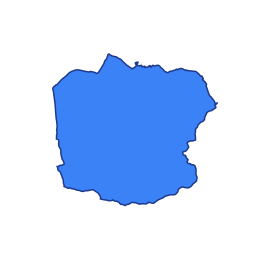 Ostra, Suceava, Romania (orthographic projection), rotated 297°
{"feature_id": "2599482B94281064097265", "entity_name": "Ostra", "entity_type": "district", "adm_level": 2, "iso_a3": "ROU", "parent_name": "Romania", "parent_adm1": "Suceava", "projection": "orthographic", "projection_center": [25.755, 47.362], "detail": "fine", "context": "isolated", "style": "filled", "palette": "blue", "viewbox_px": 256, "rotation_deg": 297, "n_neighbors": 0, "source": "geoboundaries", "source_scale": "gbopen_adm2", "svg_char_len": 5792}
<svg xmlns="http://www.w3.org/2000/svg" viewBox="0 0 256 256"><g transform="rotate(297 128 128)"><path d="M191.5,196.1L189.9,195.8L189.2,195.6L189.0,195.2L189.1,194.9L190.0,194.1L191.2,192.4L192.2,190.5L193.4,187.8L193.7,186.7L194.1,185.7L195.4,184.2L200.7,178.8L201.6,178.3L202.7,178.1L203.1,177.5L203.2,177.0L203.9,176.1L204.1,175.8L204.1,175.4L204.0,175.0L204.1,174.6L204.4,174.3L204.5,174.0L204.8,173.8L204.7,173.4L205.0,173.1L204.9,172.7L205.2,172.3L205.5,172.3L206.0,172.5L206.3,172.5L206.4,172.4L206.4,171.9L207.4,170.9L207.5,170.5L207.8,170.2L207.6,169.9L207.3,169.5L207.6,168.2L208.4,166.3L208.5,165.8L208.8,164.5L209.1,163.2L209.1,162.5L208.1,160.0L207.7,159.3L207.7,159.0L207.6,158.5L207.4,158.3L207.3,157.9L207.0,157.1L206.7,156.3L206.6,155.9L206.3,155.5L206.2,153.9L205.9,153.4L205.5,153.3L205.6,152.8L205.5,152.3L205.4,152.0L205.5,151.5L205.5,150.8L205.5,150.5L205.4,149.2L205.2,148.4L204.7,147.6L204.0,146.9L203.3,146.3L202.9,146.2L202.5,146.0L202.5,145.7L202.7,145.1L202.5,144.6L202.0,144.2L201.2,143.8L200.2,142.9L199.9,142.3L198.5,141.4L198.1,140.2L197.0,139.3L195.7,138.6L195.1,137.5L195.2,135.9L195.1,134.7L196.0,132.9L196.5,131.3L196.7,129.7L197.5,128.3L197.7,127.1L197.5,126.2L196.4,124.6L195.1,123.3L195.0,122.8L195.3,122.2L194.9,121.5L194.5,121.2L193.7,121.4L193.0,121.3L192.5,120.7L192.6,120.2L193.4,119.8L193.5,119.2L193.2,118.7L191.2,118.1L191.1,117.4L190.7,117.0L189.7,115.7L190.2,115.4L190.4,115.2L190.6,115.1L190.5,114.6L190.2,114.4L189.9,114.0L189.6,113.5L188.8,112.8L189.3,112.4L189.9,111.7L189.8,111.2L189.0,110.4L188.6,110.2L188.5,109.3L188.2,108.2L188.1,107.9L188.5,107.4L189.1,107.0L190.6,107.2L191.1,107.1L190.6,105.9L190.3,105.6L190.0,105.6L189.7,105.5L189.5,105.0L189.2,105.0L189.0,105.6L188.5,106.0L188.2,106.1L187.9,106.4L187.5,107.4L185.8,106.8L184.7,106.0L183.5,105.8L183.3,105.1L182.6,104.7L182.9,102.8L183.5,98.1L185.0,92.8L185.9,90.6L185.8,87.3L186.1,85.3L185.7,84.0L185.1,81.8L184.9,79.7L185.3,77.6L185.0,77.0L184.2,76.9L183.3,77.0L181.5,77.3L180.1,77.6L177.9,76.9L176.2,77.0L174.2,77.3L172.3,77.1L169.7,77.0L164.8,76.5L162.7,75.9L162.4,74.9L162.5,73.9L162.1,71.6L161.2,68.6L160.1,67.7L159.1,64.3L157.3,57.4L155.9,54.9L154.8,54.0L152.5,51.8L150.3,50.5L146.5,49.3L140.7,46.7L134.5,45.1L134.0,44.5L133.3,44.1L132.4,43.9L131.6,43.3L129.6,42.9L128.4,43.4L126.8,44.9L116.2,52.2L110.0,55.9L103.7,59.8L102.0,61.1L97.7,63.9L93.6,65.5L90.8,67.4L90.1,67.3L89.0,67.7L87.2,68.6L85.7,69.2L86.0,70.3L85.7,71.6L84.7,72.5L82.7,73.2L80.7,74.4L79.5,75.9L78.7,77.3L77.9,78.1L75.0,79.6L72.7,81.4L70.0,83.8L69.7,84.8L68.9,85.7L68.2,86.5L67.3,87.2L66.5,87.4L66.1,87.1L64.1,85.1L64.0,84.6L63.3,83.9L62.6,83.6L61.8,83.1L61.5,82.4L60.6,83.3L58.6,84.9L58.3,86.5L58.0,87.8L56.5,89.2L54.8,91.3L53.7,92.1L53.0,93.3L52.0,94.0L49.9,95.3L48.9,96.1L47.9,97.2L46.9,97.5L46.9,98.0L46.9,98.9L47.0,99.5L47.1,102.0L47.4,102.6L48.3,103.5L48.3,104.5L48.3,105.2L48.4,105.5L49.0,107.1L49.2,108.3L49.4,108.9L49.4,109.4L49.4,110.2L49.4,110.7L50.2,112.8L50.3,113.4L50.5,115.4L51.2,116.9L51.9,117.7L53.2,118.9L53.3,119.1L53.3,119.7L53.5,120.1L54.4,121.3L56.0,123.1L56.3,123.7L56.5,123.9L56.8,124.2L57.1,124.5L57.1,125.6L56.5,130.7L56.0,131.7L55.1,133.4L53.7,135.2L53.0,135.7L52.5,135.6L52.3,135.6L52.5,136.6L52.7,137.6L53.0,138.7L53.4,140.0L53.9,141.1L54.3,143.4L55.3,145.4L56.0,146.4L56.5,147.0L57.2,147.2L57.2,147.5L57.0,147.9L56.8,148.5L56.8,149.1L57.2,150.2L57.5,151.0L57.7,151.7L57.7,152.2L57.5,152.6L57.7,152.9L57.7,153.4L57.7,153.8L57.0,155.0L57.0,155.4L56.7,156.1L57.1,157.2L57.4,157.8L57.5,158.6L57.5,159.8L57.6,160.7L59.0,161.4L59.3,161.7L59.9,162.6L60.4,163.2L61.0,163.6L61.8,164.3L62.9,164.8L63.6,165.4L63.7,165.6L63.8,165.9L63.9,166.0L64.0,166.8L64.1,167.0L64.2,167.3L64.2,167.5L64.3,167.7L64.5,168.1L64.9,168.5L65.0,169.8L65.0,170.0L65.0,170.8L65.1,171.1L65.3,171.4L65.2,171.9L65.4,172.8L66.0,173.8L66.8,174.7L68.0,177.2L68.4,178.3L69.9,179.7L71.3,180.2L71.7,182.2L72.2,184.2L72.5,184.7L72.8,185.0L73.1,185.3L77.1,187.2L78.9,188.5L80.1,189.5L81.4,190.7L82.6,191.4L83.9,191.8L84.5,192.7L85.4,193.4L86.8,195.0L88.0,196.5L89.0,198.6L89.8,199.9L91.2,200.7L92.5,201.1L93.5,201.3L94.8,201.1L95.8,200.8L96.4,200.8L98.1,201.6L99.5,202.6L100.2,203.0L100.7,205.5L101.4,207.6L102.0,208.8L103.5,210.1L104.7,210.7L108.2,211.5L110.8,212.7L111.9,213.1L115.6,211.8L117.5,209.6L119.8,208.5L122.5,207.1L124.7,204.8L124.8,203.7L124.9,202.8L124.4,202.1L124.1,201.6L124.2,200.9L124.4,199.9L124.3,198.8L123.8,198.2L123.8,197.4L124.1,196.9L124.5,195.8L124.7,195.7L125.6,196.0L126.9,196.0L127.5,194.8L128.1,193.1L128.8,192.7L129.4,192.1L129.7,191.6L129.5,191.0L129.2,190.7L129.2,190.0L129.6,189.0L130.6,188.1L131.4,187.8L132.1,188.2L133.1,189.6L134.8,190.4L136.4,190.5L138.2,190.8L138.8,190.5L140.2,188.8L141.2,187.8L141.8,187.5L143.3,188.1L144.5,189.1L146.0,191.7L147.8,193.6L149.6,192.8L151.6,191.5L152.9,190.6L153.4,190.4L154.5,189.9L155.1,189.9L155.4,189.8L155.8,189.6L156.3,189.2L156.6,189.0L157.1,188.9L158.4,188.9L159.5,189.1L160.1,189.4L160.3,189.4L160.9,189.2L161.4,189.2L161.9,189.1L162.4,189.1L163.0,189.2L163.6,189.4L164.3,189.5L164.5,189.6L164.9,189.8L165.4,190.0L166.1,190.3L166.8,190.6L167.6,191.4L168.5,192.0L168.9,192.1L169.6,192.1L169.9,192.3L170.0,192.3L170.0,192.2L170.4,192.1L170.6,192.1L170.8,192.1L171.9,191.6L172.2,191.6L172.3,191.6L172.7,191.5L172.8,191.5L173.3,191.5L174.7,191.4L175.7,191.5L176.5,191.2L176.9,191.2L177.5,191.5L178.1,191.5L178.5,191.7L178.8,191.8L179.0,192.1L180.0,192.8L180.6,193.4L180.7,193.7L181.2,194.3L181.8,194.6L182.2,195.0L182.5,195.2L183.6,195.7L184.0,196.0L184.5,196.2L185.7,197.0L185.9,197.0L186.3,196.9L186.8,196.4L187.1,196.0L187.3,195.6L187.5,195.3L188.1,194.7L188.5,194.7L188.7,194.8L188.7,195.2L188.7,195.5L188.8,195.6L189.2,195.6L189.5,195.9L189.9,195.9L190.5,196.1L191.5,196.1Z" fill="#3b82f6" stroke="#1e3a8a" stroke-width="1.5"/></g></svg>